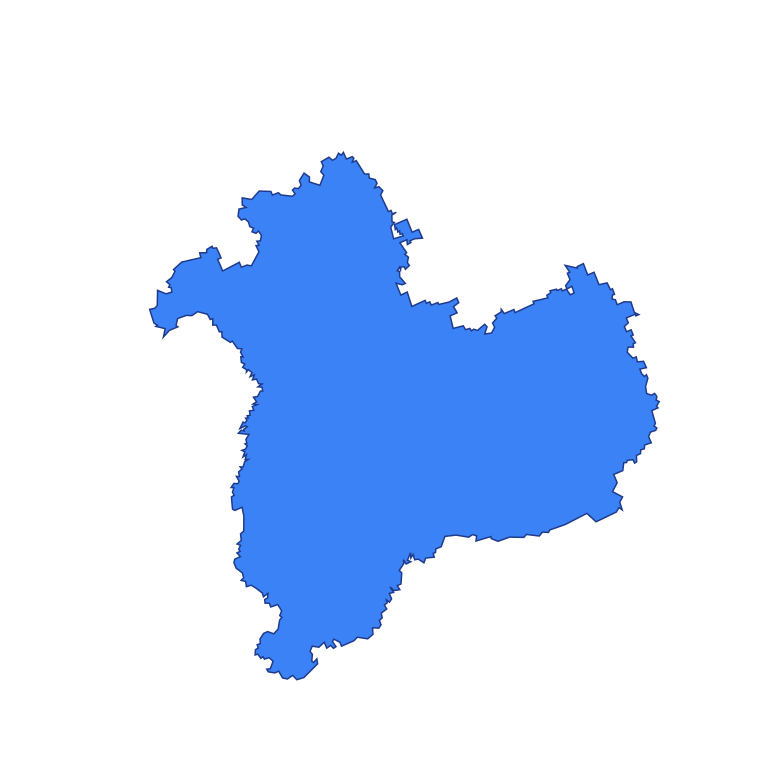 Upper Lachlan, New South Wales, Australia, rotated 238°
{"feature_id": "25037944B54834386088268", "entity_name": "Upper Lachlan", "entity_type": "district", "adm_level": 2, "iso_a3": "AUS", "parent_name": "Australia", "parent_adm1": "New South Wales", "projection": "mercator", "projection_center": [149.525, -34.419], "detail": "fine", "context": "isolated", "style": "filled", "palette": "blue", "viewbox_px": 768, "rotation_deg": 238, "n_neighbors": 0, "source": "geoboundaries", "source_scale": "gbopen_adm2", "svg_char_len": 6171}
<svg xmlns="http://www.w3.org/2000/svg" viewBox="0 0 768 768"><g transform="rotate(238 384 384)"><path d="M222.5,131.1L221.8,133.8L216.6,134.2L216.9,136.9L214.0,136.8L212.9,141.5L207.7,143.0L202.8,136.7L204.3,133.4L201.2,133.4L196.9,138.2L196.2,142.5L188.5,142.2L185.0,145.8L185.3,152.1L179.4,153.4L177.5,160.5L181.9,179.4L186.5,181.4L185.1,176.7L187.3,175.9L192.6,180.0L196.5,179.6L199.7,184.2L195.3,189.3L196.7,196.5L190.3,195.5L190.6,200.2L186.6,201.1L186.7,204.1L192.9,203.8L194.2,206.3L188.2,209.8L184.2,209.0L182.2,222.4L183.4,227.2L176.5,235.2L177.6,242.0L183.3,245.1L179.7,250.3L181.4,253.9L186.0,254.8L186.6,258.6L191.1,260.1L191.8,267.1L196.3,267.2L196.8,270.8L199.7,271.6L196.1,273.1L197.8,276.6L203.6,277.5L202.2,281.7L208.8,281.5L203.4,283.2L201.2,288.4L206.0,288.4L205.4,292.4L214.3,298.9L217.8,298.1L221.2,305.6L224.7,307.4L219.6,307.4L219.1,312.5L222.1,310.5L226.8,317.0L222.2,314.6L224.0,318.3L218.6,316.9L217.4,320.2L211.2,323.1L214.3,327.1L210.5,334.8L214.3,336.0L213.8,338.4L216.7,340.5L215.7,346.3L222.5,354.9L217.7,365.0L209.2,374.7L209.4,379.2L206.1,382.1L202.1,378.8L197.9,393.9L196.1,393.0L190.2,397.3L187.6,409.4L179.8,421.3L180.9,425.1L172.8,435.1L174.4,439.9L171.0,444.8L172.4,447.2L168.8,463.4L166.8,487.5L154.8,490.8L152.3,513.1L154.6,517.8L151.0,519.3L158.9,521.3L161.8,526.5L171.6,520.7L176.7,529.4L185.6,530.9L184.0,540.6L190.2,545.6L188.9,548.0L190.3,550.0L187.9,555.0L184.1,554.6L184.1,557.0L189.6,560.2L189.0,564.6L192.1,566.9L191.1,570.4L194.2,572.8L192.5,579.5L199.2,580.5L202.0,584.5L200.7,589.8L202.1,592.0L205.3,590.8L206.8,593.3L219.5,597.0L218.6,603.7L220.7,603.3L223.3,608.1L226.0,606.2L228.8,608.8L232.6,608.5L232.8,604.8L236.8,601.7L243.3,604.5L249.0,610.8L252.8,611.5L252.4,608.8L256.2,608.0L261.0,608.8L258.8,615.2L265.7,616.1L268.6,610.6L273.3,612.3L274.0,608.8L282.0,607.1L286.0,610.5L283.0,615.1L286.1,616.6L285.7,619.1L293.9,618.9L293.5,621.3L299.0,622.3L299.8,617.4L305.4,618.3L306.4,623.6L311.6,624.5L310.1,634.0L308.3,633.7L307.8,636.9L312.0,634.2L322.7,636.9L326.5,631.1L327.6,623.8L332.8,624.9L335.3,622.4L338.3,624.8L337.9,627.0L343.7,628.2L344.0,626.0L351.5,626.8L354.3,619.0L367.5,621.3L368.5,614.5L380.4,616.9L381.2,610.1L379.8,609.4L388.6,600.5L380.3,600.8L380.8,598.2L373.9,597.0L371.2,590.2L367.6,589.6L367.3,595.1L360.4,593.5L361.0,589.2L367.8,588.9L368.5,584.5L370.8,584.8L371.6,580.3L373.0,580.5L375.1,574.2L373.1,573.8L372.9,569.1L370.2,568.6L375.1,554.2L372.5,553.7L375.1,533.0L378.3,533.6L380.0,523.3L385.2,523.0L383.0,521.5L383.0,514.4L380.0,514.5L378.2,508.4L373.5,507.9L370.2,502.2L373.1,495.9L377.9,501.7L381.3,501.0L379.9,491.6L383.0,489.1L382.6,486.4L385.6,486.3L386.9,481.9L391.3,482.1L394.5,472.1L406.7,476.2L405.6,483.7L412.8,484.0L413.4,490.5L418.4,491.3L419.0,482.6L422.5,472.5L424.5,472.9L425.9,465.9L429.4,466.4L430.0,462.7L433.1,463.2L435.0,448.7L449.7,452.4L450.5,445.4L463.1,447.6L458.5,452.0L458.0,455.4L466.5,454.1L471.4,456.9L473.0,455.2L474.8,459.1L472.2,458.7L474.2,460.3L472.7,463.3L470.0,462.9L471.0,468.3L474.5,468.1L478.6,471.9L482.9,470.3L483.4,472.8L495.4,472.3L494.2,479.9L489.9,477.7L489.7,481.8L491.7,482.0L490.9,487.0L487.3,493.9L496.7,495.3L497.8,488.3L511.6,490.7L513.6,477.4L509.1,475.5L509.7,477.5L505.5,476.3L505.5,478.3L502.4,476.9L501.9,479.2L499.4,478.8L502.0,469.1L513.6,472.9L515.5,478.4L517.1,476.7L523.1,480.1L523.1,485.4L523.8,481.3L527.5,481.9L527.9,479.1L546.1,481.3L548.6,485.5L554.0,484.2L555.3,480.0L557.8,484.4L562.0,484.9L566.4,480.6L570.2,482.4L572.3,478.8L588.1,478.8L588.9,474.6L591.5,478.1L593.6,477.6L594.7,471.3L601.9,472.3L600.6,469.1L603.8,467.7L600.9,463.0L601.0,458.9L605.5,457.5L605.8,448.6L601.2,448.1L597.6,442.9L592.9,443.6L586.5,435.0L595.0,427.7L599.0,430.5L605.2,428.0L601.4,420.1L596.5,419.1L595.1,414.9L597.5,412.1L597.0,409.1L592.3,409.4L591.8,405.7L599.0,396.7L602.2,395.8L603.4,389.5L607.2,390.1L613.8,380.4L610.6,369.6L617.0,362.4L611.0,358.7L606.8,360.6L609.2,353.7L603.6,349.1L598.6,350.0L597.7,353.6L593.2,354.9L588.6,353.6L585.3,355.9L583.0,352.7L579.6,355.3L580.2,358.6L575.0,358.8L570.9,355.1L572.5,351.8L567.9,351.6L569.2,348.8L562.4,348.0L554.5,334.1L557.5,330.8L558.6,324.9L563.9,325.8L565.3,307.1L577.9,309.0L577.3,312.6L583.0,313.5L588.2,314.1L589.8,310.8L591.9,311.2L592.0,305.1L589.4,303.1L592.9,297.2L588.2,295.6L594.6,277.1L592.6,266.1L590.3,266.6L586.7,260.3L586.0,253.7L581.7,255.1L580.2,252.6L578.4,254.6L574.4,252.8L576.0,246.9L583.4,241.6L570.7,233.3L569.7,229.7L571.5,224.8L557.6,221.2L554.0,223.0L553.8,221.0L546.9,227.8L540.7,221.8L543.2,230.4L541.7,239.5L543.8,238.6L548.9,243.7L546.9,252.8L543.8,257.3L544.1,264.3L536.6,271.3L530.8,270.8L530.0,273.4L524.7,270.0L522.8,273.1L515.5,272.0L514.2,274.2L509.6,271.5L500.7,275.8L500.8,278.1L491.8,278.5L489.1,282.1L487.1,279.2L481.5,278.8L483.0,277.0L477.9,274.5L474.7,276.5L473.0,273.0L468.8,275.1L467.1,273.7L468.0,276.5L463.6,278.1L461.2,274.3L460.4,278.8L457.2,274.6L455.7,278.5L450.7,277.8L448.6,280.6L448.4,275.6L446.0,278.8L442.3,277.4L443.5,275.4L440.4,270.2L442.0,266.3L436.4,266.5L436.4,262.3L433.8,265.3L434.7,260.4L430.7,259.7L432.5,255.6L428.4,253.9L429.6,251.1L427.1,250.8L428.4,248.5L425.9,248.6L424.7,245.6L426.4,244.3L422.6,238.2L422.0,244.3L420.2,245.4L419.9,241.1L418.2,240.5L420.5,238.5L419.4,234.4L412.8,242.7L410.0,237.4L406.4,236.3L406.9,234.4L404.1,235.3L402.2,232.2L403.0,228.3L400.3,230.1L396.9,225.8L397.0,229.9L393.5,226.2L392.0,228.8L391.9,224.6L388.3,220.6L389.9,218.1L387.2,218.5L386.5,214.1L382.1,212.4L383.9,209.9L378.3,209.6L376.9,207.2L379.2,204.0L377.2,199.5L375.7,201.8L372.5,198.1L369.0,198.0L369.1,194.8L358.1,189.2L355.8,190.6L354.7,198.3L346.3,195.2L333.7,187.2L332.9,182.9L326.9,180.0L326.2,174.6L323.2,176.9L321.0,173.3L318.3,173.3L318.7,169.7L313.8,170.7L314.5,164.6L312.1,162.1L306.1,161.0L298.9,163.8L294.0,162.3L293.2,158.8L289.8,162.0L285.1,159.9L283.7,164.8L278.9,167.2L271.3,170.0L267.4,169.0L268.0,174.6L264.2,171.8L264.5,168.6L261.1,167.0L258.9,170.6L254.9,169.8L253.3,177.0L245.9,177.0L242.8,172.8L240.2,173.8L239.1,170.4L232.2,164.3L230.6,158.1L235.7,154.1L236.3,149.8L233.5,143.7L229.4,141.5L230.1,138.3L226.8,137.4L226.8,134.2L222.5,131.1Z" fill="#3b82f6" stroke="#1e3a8a" stroke-width="1.5"/></g></svg>